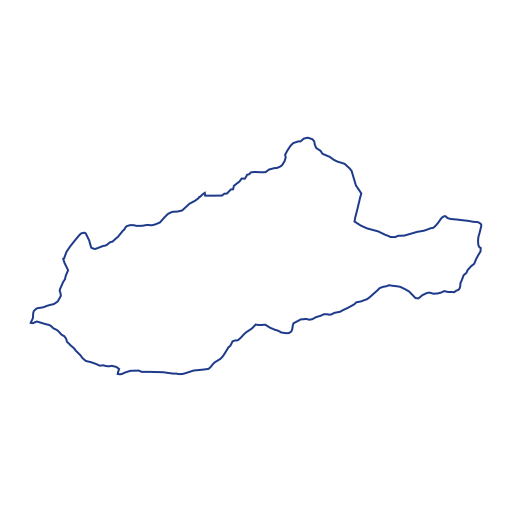 Yalang, Tashi Yangtse, Bhutan (orthographic projection)
{"feature_id": "84629894B30555243283294", "entity_name": "Yalang", "entity_type": "district", "adm_level": 2, "iso_a3": "BTN", "parent_name": "Bhutan", "parent_adm1": "Tashi Yangtse", "projection": "orthographic", "projection_center": [91.668, 27.462], "detail": "fine", "context": "isolated", "style": "outline", "palette": "blue", "viewbox_px": 512, "rotation_deg": 0, "n_neighbors": 0, "source": "geoboundaries", "source_scale": "gbopen_adm2", "svg_char_len": 4530}
<svg xmlns="http://www.w3.org/2000/svg" viewBox="0 0 512 512"><path d="M146.7,371.9L148.8,371.9L150.9,371.9L153.7,372.0L159.7,372.1L164.0,372.3L166.4,372.7L173.0,373.6L176.4,373.6L178.9,374.1L182.5,374.0L186.4,372.9L190.6,371.5L193.4,370.6L195.8,370.3L199.0,370.0L202.3,369.7L204.5,369.4L206.4,369.2L208.7,368.8L210.6,367.0L213.1,363.9L214.8,362.3L217.4,360.7L220.2,359.0L221.7,357.6L222.9,356.2L224.9,353.2L226.5,350.5L227.7,348.6L228.3,347.4L229.6,346.5L230.3,345.8L232.0,342.6L232.5,341.4L234.0,340.8L235.7,340.4L237.3,340.4L238.4,339.9L241.3,337.2L244.0,334.2L246.1,332.3L247.4,331.5L250.5,329.4L252.0,328.4L254.4,325.9L255.7,324.5L257.4,324.9L261.3,325.0L265.2,324.7L268.9,327.0L270.6,328.0L272.5,328.7L275.0,329.8L277.0,330.3L279.9,331.6L280.9,332.4L285.3,333.1L287.2,333.2L289.0,333.0L291.2,331.6L292.2,329.5L292.8,325.6L293.5,323.3L300.8,319.4L303.9,319.2L305.8,318.9L309.3,319.7L312.3,319.2L316.1,317.1L320.6,315.8L323.7,314.3L326.5,314.2L329.5,314.7L331.5,314.4L334.2,312.9L337.3,312.3L340.2,311.7L343.2,310.0L347.4,308.1L354.3,304.3L356.3,302.3L358.1,302.0L361.0,301.4L364.5,300.1L367.2,299.1L369.7,297.2L373.9,293.5L377.6,290.2L379.5,288.2L382.8,286.9L386.6,286.2L389.1,285.2L392.0,285.7L397.1,286.3L400.1,286.8L404.9,289.1L409.1,291.5L413.0,295.5L415.5,298.1L418.5,298.4L422.5,295.1L424.4,294.2L426.9,293.0L429.5,292.6L433.3,293.7L437.5,293.5L441.3,292.5L444.2,291.1L448.2,292.0L451.8,292.0L454.2,292.2L456.2,290.7L458.5,289.8L459.6,288.4L460.3,285.8L460.4,283.4L462.2,279.1L463.6,275.3L464.6,274.4L466.4,272.9L467.6,270.1L471.0,266.3L474.2,263.8L476.3,258.7L478.6,254.5L480.5,251.5L480.7,248.7L480.6,247.8L479.5,247.3L479.1,246.5L478.5,245.6L478.2,243.7L478.1,242.2L478.1,239.6L478.5,236.5L479.5,233.2L480.4,229.5L481.1,226.8L481.3,225.0L480.8,223.9L479.2,222.8L478.0,222.2L476.6,222.0L473.2,221.8L471.1,221.4L467.7,220.8L462.4,220.2L457.5,219.6L454.2,219.3L450.2,218.9L447.4,218.0L446.7,217.2L445.4,216.2L444.3,216.2L443.2,216.8L442.3,217.3L441.5,218.1L440.4,219.5L439.5,220.9L437.5,223.6L435.8,225.5L434.8,226.5L433.7,227.5L432.8,228.0L431.1,228.1L428.5,229.1L424.0,230.7L417.0,231.9L411.9,233.4L404.2,235.6L398.1,235.8L395.2,237.1L390.4,237.0L388.5,236.0L385.0,234.7L378.2,231.4L367.1,228.4L361.0,225.7L354.5,221.5L355.3,217.2L357.0,210.7L360.1,197.7L360.8,195.2L361.3,193.4L355.9,185.4L351.6,170.9L349.7,168.5L344.6,163.8L337.2,161.5L333.6,159.7L329.8,156.9L322.5,153.8L320.6,150.9L316.2,148.0L314.8,144.7L314.2,141.3L312.2,139.1L307.6,137.7L303.8,138.6L300.5,141.4L298.3,141.4L293.2,143.1L290.5,145.8L287.4,150.5L285.1,154.8L285.7,157.5L284.6,161.1L282.1,165.2L279.8,166.8L276.9,168.0L274.5,168.1L269.1,169.5L265.6,172.1L262.1,172.3L259.6,172.2L255.5,172.0L253.1,172.1L250.9,172.4L249.2,174.2L247.1,174.8L246.4,176.2L244.8,178.7L241.7,178.5L239.5,181.5L233.9,185.8L233.1,189.3L230.9,189.4L226.9,193.6L224.4,193.7L221.9,195.6L205.2,195.7L204.8,192.9L203.8,193.5L202.1,194.8L200.3,196.7L199.2,197.0L198.6,198.1L195.3,200.6L189.5,203.7L182.1,210.5L177.1,211.6L172.5,211.8L170.5,212.6L168.0,213.9L164.8,217.0L159.9,222.5L155.0,224.5L151.7,225.3L147.0,224.9L143.0,225.7L139.7,225.9L136.4,225.9L133.9,225.2L130.2,225.1L126.7,226.2L125.5,227.4L124.0,229.9L122.9,230.7L117.9,236.9L116.6,237.9L112.4,241.7L110.8,242.0L109.5,242.6L107.0,244.8L105.0,245.7L103.3,245.9L95.5,248.9L94.2,248.9L91.2,247.7L90.9,246.6L89.2,240.5L85.8,233.5L84.5,232.7L81.4,233.3L80.3,234.2L79.6,234.8L77.5,237.3L73.8,241.8L70.4,246.1L66.5,251.8L64.6,256.9L64.3,258.1L63.2,258.8L64.1,261.5L64.4,262.7L68.1,270.2L65.8,275.6L65.2,278.1L65.1,279.0L64.5,279.9L63.5,281.5L62.9,282.4L62.0,284.8L61.6,285.5L61.0,286.9L60.3,288.5L59.8,289.9L59.8,291.5L60.4,292.6L60.7,294.9L60.9,295.8L60.4,296.7L57.7,301.5L54.3,303.8L52.3,304.5L50.9,304.7L47.1,305.8L43.8,307.1L41.0,307.7L37.9,308.1L36.3,308.7L35.5,309.4L33.8,311.1L33.2,313.2L32.9,318.2L32.3,319.4L30.7,322.8L31.8,323.1L33.1,323.1L36.8,321.5L45.8,324.2L49.0,324.9L51.0,326.0L52.8,327.8L53.6,328.4L55.9,329.5L57.5,330.4L59.1,332.0L60.1,333.0L60.8,334.0L61.9,334.9L64.3,336.2L65.8,338.3L66.2,339.0L66.7,340.8L67.2,342.1L69.2,343.8L70.4,345.2L73.5,347.8L74.2,348.6L74.8,349.2L75.3,350.2L80.3,355.1L82.5,358.1L85.9,361.0L87.7,361.4L91.1,362.2L93.4,363.0L96.4,364.1L98.6,365.2L99.6,365.6L101.9,365.5L103.3,365.3L105.8,366.0L108.1,366.3L110.5,366.1L111.9,365.8L114.1,366.4L115.9,366.8L116.9,367.3L119.1,369.0L118.2,371.6L117.7,374.0L120.0,374.3L122.2,373.9L124.3,372.8L128.8,371.3L130.7,370.8L134.2,370.7L138.8,370.6L141.8,371.9L143.6,371.9L146.7,371.9Z" fill="none" stroke="#1e3a8a" stroke-width="2"/></svg>